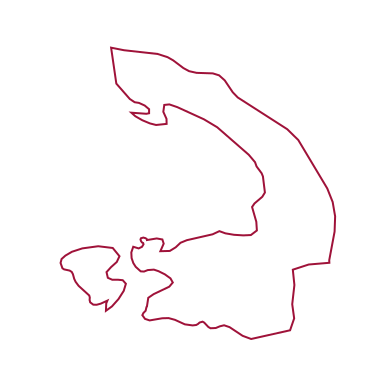 the Province of Zamboanga Sibugay, rotated 83°
{"feature_id": "PHL-2521", "entity_name": "Zamboanga Sibugay", "entity_type": "Province", "adm_level": 1, "iso_a3": "PHL", "parent_name": "Philippines", "parent_adm1": "", "projection": "natural_earth1", "projection_center": [122.777, 7.618], "detail": "fine", "context": "isolated", "style": "outline", "palette": "rose", "viewbox_px": 384, "rotation_deg": 83, "n_neighbors": 0, "source": "natural_earth", "source_scale": "10m", "svg_char_len": 2144}
<svg xmlns="http://www.w3.org/2000/svg" viewBox="0 0 384 384"><g transform="rotate(83 192 192)"><path d="M345.1,151.2L340.9,159.3L330.7,171.2L328.2,176.4L328.7,180.7L329.9,185.0L329.5,190.2L328.0,192.2L323.1,195.8L322.0,197.3L322.5,200.4L323.7,202.1L324.5,204.0L324.5,207.6L322.5,215.2L316.8,224.5L314.3,230.6L313.7,236.9L314.3,249.7L312.2,254.1L308.2,256.3L306.2,255.0L304.2,252.5L300.6,251.2L300.2,250.7L291.7,248.3L288.7,242.5L283.2,226.1L279.5,222.1L275.1,223.9L270.4,229.0L266.5,234.9L264.4,239.3L264.1,245.4L265.1,249.3L264.5,252.6L259.4,257.0L255.4,258.9L250.2,260.0L244.6,259.6L239.2,257.0L241.5,251.8L240.3,248.3L238.0,246.5L236.7,246.7L236.0,247.8L234.5,248.6L232.8,248.9L231.7,248.3L231.3,245.9L232.2,243.7L233.5,242.4L234.2,242.5L233.8,232.7L235.5,227.2L239.8,226.4L246.9,230.6L247.8,221.2L244.9,214.9L241.0,209.6L239.2,203.0L236.5,176.7L234.2,169.6L237.1,163.9L239.6,155.5L241.3,146.4L241.9,138.8L238.1,132.3L229.4,131.8L214.2,134.2L211.0,131.4L205.3,122.8L201.4,119.7L185.2,119.7L181.9,120.6L174.5,124.8L170.1,125.8L162.0,131.1L130.8,159.1L121.3,171.3L106.0,196.2L102.3,203.8L102.2,208.9L108.9,210.7L116.3,208.4L121.3,208.9L121.1,219.5L118.8,225.4L114.7,232.6L109.9,239.0L105.9,242.5L108.8,227.8L108.6,225.0L104.6,224.5L100.4,228.4L97.1,233.8L95.9,238.0L92.1,242.4L75.2,253.9L38.9,254.7L43.0,242.2L50.8,209.3L55.2,199.8L59.0,194.7L67.9,185.5L71.7,180.2L74.3,172.9L76.8,156.9L79.5,150.9L85.2,145.9L98.0,139.4L103.7,135.1L103.8,135.0L141.3,89.8L149.1,83.6L153.3,80.2L205.0,57.3L219.1,53.6L233.6,52.9L248.7,55.3L276.4,64.1L279.0,64.3L278.2,85.0L281.4,101.4L296.8,101.7L315.6,106.2L329.9,106.0L341.2,111.5L345.1,151.2ZM299.4,291.9L292.1,290.7L289.5,289.2L291.7,296.2L292.3,300.4L291.8,303.7L289.1,306.5L286.7,306.8L284.3,306.3L282.2,306.6L271.3,316.0L266.9,318.5L263.8,319.5L259.1,320.2L256.7,321.1L255.1,323.0L253.2,328.4L251.9,329.9L246.4,331.1L242.6,329.6L239.7,325.4L236.7,318.5L234.6,307.7L234.4,291.7L237.9,277.5L246.9,271.8L252.3,275.2L256.7,281.5L261.1,286.6L266.9,286.0L269.4,281.8L270.0,276.4L271.1,271.5L275.0,268.8L281.8,271.8L289.3,278.0L295.8,285.4L299.4,291.9Z" fill="none" stroke="#9f1239" stroke-width="2"/></g></svg>